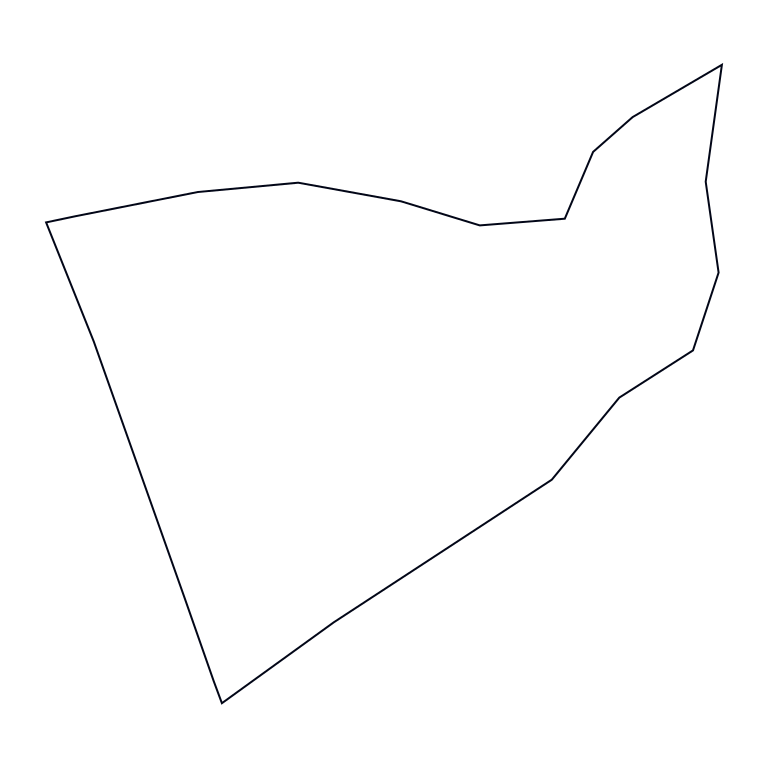 Nyala Janoub, Southern Darfur, Sudan (Equal Earth projection)
{"feature_id": "16777658B27261158380636", "entity_name": "Nyala Janoub", "entity_type": "district", "adm_level": 2, "iso_a3": "SDN", "parent_name": "Sudan", "parent_adm1": "Southern Darfur", "projection": "equal_earth", "projection_center": [24.841, 12.018], "detail": "fine", "context": "isolated", "style": "outline", "palette": "ink", "viewbox_px": 768, "rotation_deg": 0, "n_neighbors": 0, "source": "geoboundaries", "source_scale": "gbopen_adm2", "svg_char_len": 387}
<svg xmlns="http://www.w3.org/2000/svg" viewBox="0 0 768 768"><path d="M469.6,533.5L551.8,479.7L619.3,397.6L693.0,350.4L718.6,272.6L705.7,181.7L721.9,64.8L632.6,117.1L593.1,151.9L564.8,218.7L479.8,225.4L401.0,201.3L298.2,182.7L197.9,192.0L75.6,216.2L46.1,222.4L93.8,341.6L184.7,598.2L213.7,681.1L221.9,703.2L333.8,622.3L469.6,533.5Z" fill="none" stroke="#020617" stroke-width="2"/></svg>